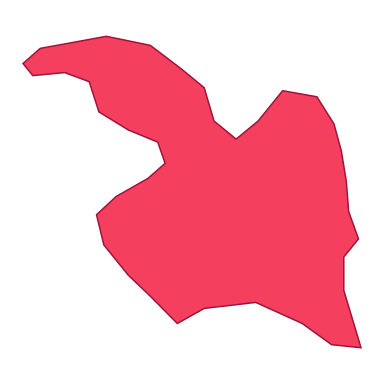 Mosta, Mercator projection
{"feature_id": "MLT-5927", "entity_name": "Mosta", "entity_type": "state/province", "adm_level": 1, "iso_a3": "MLT", "parent_name": "Malta", "parent_adm1": "", "projection": "mercator", "projection_center": [14.416, 35.91], "detail": "fine", "context": "isolated", "style": "filled", "palette": "rose", "viewbox_px": 384, "rotation_deg": 0, "n_neighbors": 0, "source": "natural_earth", "source_scale": "10m", "svg_char_len": 570}
<svg xmlns="http://www.w3.org/2000/svg" viewBox="0 0 384 384"><path d="M103.8,244.9L96.5,214.7L116.1,196.5L147.9,178.4L165.1,163.3L157.7,142.1L128.3,130.0L98.9,111.9L89.2,81.7L64.7,72.6L32.8,75.6L23.0,63.5L40.2,48.4L106.3,36.3L150.4,45.4L182.2,69.6L204.2,87.7L214.0,121.0L236.1,139.1L258.1,121.0L282.6,90.7L316.9,96.8L334.0,124.0L341.4,151.2L346.3,181.4L348.7,211.7L358.5,238.9L343.8,257.0L343.8,290.3L361.0,347.7L331.6,344.7L302.2,323.5L255.7,302.4L204.2,308.4L177.3,323.5L150.4,296.3L128.3,275.2L103.8,244.9Z" fill="#f43f5e" stroke="#9f1239" stroke-width="1.5"/></svg>